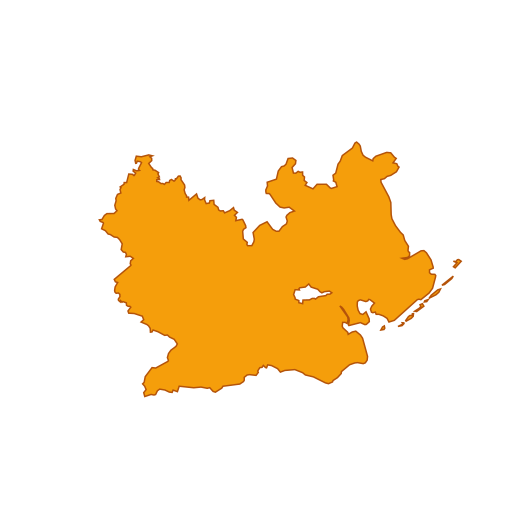 an SVG outline of Niedersachsen, rotated 146°
{"feature_id": "DEU-1576", "entity_name": "Niedersachsen", "entity_type": "State", "adm_level": 1, "iso_a3": "DEU", "parent_name": "Germany", "parent_adm1": "", "projection": "albers", "projection_center": [9.302, 52.591], "detail": "fine", "context": "isolated", "style": "filled", "palette": "amber", "viewbox_px": 512, "rotation_deg": 146, "n_neighbors": 0, "source": "natural_earth", "source_scale": "10m", "svg_char_len": 6161}
<svg xmlns="http://www.w3.org/2000/svg" viewBox="0 0 512 512"><g transform="rotate(146 256 256)"><path d="M114.3,225.0L120.8,214.7L122.5,210.9L123.4,203.1L123.0,194.9L122.2,191.1L124.0,185.7L124.2,178.8L126.9,175.6L127.2,174.3L126.7,173.0L128.5,170.4L131.1,170.0L136.2,172.5L134.6,170.0L131.9,169.0L116.3,168.0L113.8,166.6L112.9,163.4L113.1,154.9L115.3,147.8L115.9,146.8L119.9,147.5L121.5,145.1L120.9,142.9L118.0,140.8L117.9,139.3L119.0,138.1L127.7,130.5L133.2,128.5L143.7,127.6L145.1,129.1L146.7,129.6L177.3,125.3L182.7,126.9L182.2,131.0L184.0,135.2L186.7,138.9L189.0,140.5L188.4,142.7L190.9,143.7L191.7,144.9L190.8,148.0L188.0,149.7L184.1,150.7L185.9,156.0L186.8,157.0L188.5,156.3L190.4,156.8L194.0,161.3L196.1,161.8L197.7,161.2L200.0,158.0L201.6,154.1L202.0,150.1L200.1,147.8L196.0,148.2L197.3,140.7L198.8,138.2L202.8,137.6L204.1,138.2L206.7,142.4L217.9,146.4L217.9,147.2L214.7,150.4L213.6,152.9L213.2,162.7L213.5,165.5L214.4,167.7L214.1,154.2L215.2,151.7L218.2,149.1L219.3,151.2L221.3,152.5L223.8,149.5L224.1,147.8L222.6,141.3L223.4,139.5L218.7,139.2L215.3,137.9L213.6,132.1L213.6,128.3L219.7,110.3L222.1,107.5L225.1,106.3L227.3,106.8L231.4,110.8L233.9,112.1L239.2,113.5L249.8,112.4L251.1,110.9L256.5,109.6L261.8,109.7L263.0,108.8L267.3,109.6L269.4,112.0L276.0,123.7L281.6,129.8L282.6,133.2L287.3,140.1L296.1,145.0L300.7,146.1L301.1,150.6L304.4,156.5L307.2,159.2L309.8,157.4L310.5,158.2L311.1,161.2L313.2,160.3L315.3,161.3L318.9,159.7L319.2,158.2L322.7,157.0L327.6,161.2L329.8,162.3L333.6,162.0L335.2,159.6L336.6,158.9L341.0,158.9L356.2,166.5L358.3,165.6L365.8,165.8L367.3,167.7L368.0,172.7L370.4,173.6L374.9,178.1L381.3,181.6L392.5,191.0L397.0,187.5L399.7,191.2L401.8,189.8L404.0,191.7L406.5,195.9L410.3,199.5L413.1,199.4L416.7,197.3L418.3,197.8L420.4,199.9L426.8,201.7L425.5,205.5L421.8,206.7L421.1,210.4L421.5,213.4L419.4,213.8L415.3,217.9L404.6,221.6L401.8,219.2L387.9,217.9L386.9,218.6L386.3,221.3L383.0,224.1L379.2,225.5L372.9,225.8L370.4,227.1L370.4,232.7L373.0,237.1L373.6,240.0L376.1,241.3L379.6,248.0L382.7,252.2L384.7,251.2L386.1,251.9L384.2,255.1L384.1,258.1L384.7,260.1L388.2,265.5L384.7,266.0L383.9,269.7L389.1,276.4L393.5,279.8L392.9,282.0L388.4,283.6L388.7,284.9L390.1,285.7L390.9,287.5L389.7,289.7L391.8,292.6L393.0,292.6L393.2,294.6L394.2,293.8L394.8,296.1L394.3,297.2L391.5,298.4L390.3,300.4L390.8,302.3L392.8,303.3L393.1,305.1L392.4,306.6L390.1,309.1L385.5,311.4L387.0,313.2L386.6,315.9L365.3,318.1L364.7,318.4L364.6,319.9L362.6,322.1L359.0,322.6L360.4,326.1L364.4,328.2L362.5,329.8L362.2,332.0L363.8,333.5L364.2,336.7L360.1,340.9L359.9,345.8L360.5,348.9L363.0,351.1L364.8,355.3L366.3,356.9L366.7,361.2L368.8,364.9L364.1,368.5L364.0,369.2L365.8,371.8L365.6,373.6L363.3,372.4L359.0,374.4L355.9,374.5L349.9,370.6L345.9,371.3L346.1,373.5L344.7,377.0L341.1,380.0L340.0,382.2L336.4,384.5L332.8,383.8L331.6,387.1L329.7,388.2L330.0,389.2L325.3,389.3L324.2,390.6L322.2,389.2L315.6,395.1L312.5,392.6L312.4,391.1L311.9,390.8L309.4,392.0L310.4,395.1L309.3,396.3L307.3,393.3L304.7,392.1L305.0,393.4L304.4,394.2L298.7,397.4L299.1,398.8L301.4,401.0L303.2,399.8L303.9,400.1L302.8,402.9L299.4,405.7L295.6,402.4L288.4,399.8L285.9,397.0L288.5,397.6L287.9,395.3L289.1,393.4L293.2,392.7L293.2,387.7L292.7,386.4L293.3,385.1L291.7,383.5L290.1,379.6L291.4,378.9L291.9,375.6L293.7,375.9L292.9,374.0L293.2,373.3L295.6,374.8L296.6,373.3L295.2,371.9L294.3,369.2L292.7,368.2L291.9,366.6L289.4,367.2L286.8,365.5L285.3,366.9L283.3,366.7L282.1,363.9L280.9,363.9L279.6,365.1L279.0,364.5L275.7,365.6L274.2,364.8L274.4,362.7L275.5,361.2L275.5,354.8L276.6,352.6L278.6,351.0L279.8,347.4L279.9,344.8L280.6,343.7L279.0,342.5L280.5,339.7L270.6,340.7L271.8,336.4L270.9,333.8L269.2,333.0L265.9,333.1L267.2,331.4L268.0,327.3L265.0,326.0L263.3,327.6L259.9,325.8L261.9,322.2L260.3,317.6L261.2,315.1L260.4,313.3L257.8,311.8L257.9,309.3L252.4,308.3L247.6,308.7L248.4,306.2L247.0,302.5L251.1,301.8L250.6,299.0L253.0,296.6L247.0,294.2L246.7,293.3L247.6,287.0L248.5,285.1L251.4,285.1L253.2,284.0L257.0,277.2L255.6,272.2L257.1,270.7L257.2,269.3L253.7,266.9L249.8,269.0L248.0,270.9L245.3,277.1L235.8,279.3L227.7,278.2L227.3,268.8L225.4,265.2L223.1,263.7L217.7,265.6L212.8,265.6L210.5,267.5L209.3,271.5L207.6,272.5L203.6,273.0L199.0,271.8L201.2,277.9L205.8,280.1L208.7,283.1L210.0,288.8L209.9,299.2L210.1,300.3L212.5,302.1L212.0,303.6L210.9,305.3L207.3,307.6L205.5,310.9L196.1,308.3L190.0,314.0L184.9,315.8L182.4,314.9L179.8,315.3L174.9,318.9L170.9,316.8L169.5,312.9L171.7,310.4L176.6,309.2L178.6,303.8L176.7,302.4L173.7,302.6L172.8,300.9L170.4,299.6L172.2,296.8L171.6,294.4L173.8,291.7L172.7,288.4L175.7,287.1L171.2,279.8L165.3,281.3L157.5,276.1L156.4,270.8L155.6,269.8L150.0,268.2L148.6,272.5L149.9,275.0L149.1,275.6L147.0,279.9L143.6,280.1L136.6,286.3L133.2,287.5L128.3,291.0L115.7,291.6L110.8,294.3L108.9,294.2L108.0,291.0L108.1,288.8L110.2,283.9L110.9,279.7L110.0,276.7L106.0,269.6L104.4,271.2L100.8,271.7L89.7,268.8L86.6,266.2L86.0,260.4L85.2,258.5L90.3,256.6L87.7,253.8L88.2,250.9L87.7,249.7L92.5,247.3L99.2,247.5L102.8,248.7L106.3,248.3L109.8,249.6L111.1,247.2L112.8,230.8L114.3,225.0ZM218.4,184.5L216.0,183.0L213.7,183.1L214.8,185.9L219.3,188.2L222.0,188.6L222.9,190.6L223.4,193.9L227.7,199.4L227.9,203.3L232.5,202.7L237.5,205.2L238.8,204.8L239.0,203.6L242.4,206.2L246.4,203.0L246.9,199.7L247.6,198.3L245.4,195.1L246.6,193.3L244.0,190.4L241.7,193.2L236.2,189.7L233.1,189.4L231.2,188.1L230.8,187.0L227.0,187.3L220.2,184.1L218.4,184.5ZM121.5,125.5L124.7,123.7L128.4,123.2L136.1,124.2L132.6,125.5L124.3,126.3L121.5,125.5ZM98.3,136.7L93.1,138.0L95.3,141.3L93.3,139.6L91.1,140.3L89.9,139.7L88.8,136.9L97.5,134.8L98.3,136.7ZM144.9,120.5L153.9,120.1L155.3,121.5L149.9,121.4L147.6,121.9L147.3,123.9L144.7,123.4L144.9,120.5ZM157.6,120.2L159.4,118.1L162.2,117.5L168.0,118.0L168.0,118.8L163.5,120.5L161.6,120.6L159.9,119.4L158.7,120.7L157.6,120.2ZM103.7,129.0L106.3,127.8L115.6,126.9L118.2,127.8L103.7,129.0ZM188.7,126.3L189.6,124.1L191.0,123.5L193.9,124.8L190.8,126.4L188.7,126.3ZM172.1,118.9L170.8,117.9L171.1,117.2L173.8,116.6L177.7,118.2L172.2,117.5L172.1,118.9ZM137.5,123.6L140.0,122.7L142.2,123.8L141.2,124.5L137.5,123.6Z" fill="#f59e0b" stroke="#b45309" stroke-width="1.5"/></g></svg>